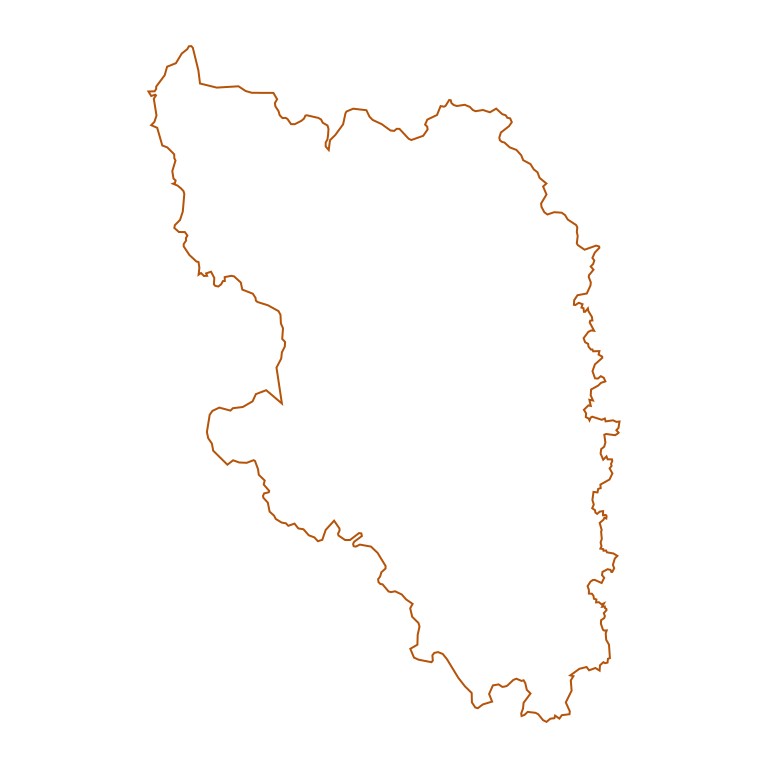 the district of Ivohibe, Ihorombe, Madagascar
{"feature_id": "10022922B57896428715958", "entity_name": "Ivohibe", "entity_type": "district", "adm_level": 2, "iso_a3": "MDG", "parent_name": "Madagascar", "parent_adm1": "Ihorombe", "projection": "mercator", "projection_center": [46.923, -22.545], "detail": "fine", "context": "isolated", "style": "outline", "palette": "amber", "viewbox_px": 768, "rotation_deg": 0, "n_neighbors": 0, "source": "geoboundaries", "source_scale": "gbopen_adm2", "svg_char_len": 6090}
<svg xmlns="http://www.w3.org/2000/svg" viewBox="0 0 768 768"><path d="M164.7,75.2L156.2,86.6L156.1,89.1L154.6,91.3L148.5,91.5L151.2,96.0L155.2,94.7L156.0,95.4L153.8,98.7L156.5,115.5L154.4,121.9L151.2,125.2L157.2,127.8L162.3,145.5L167.3,147.4L174.2,154.3L174.3,158.2L175.5,160.5L172.3,171.1L173.5,178.6L175.6,180.4L175.0,182.9L173.0,183.7L177.6,185.6L181.0,188.4L183.5,191.1L184.3,194.0L182.8,211.5L180.0,220.0L174.9,225.1L174.3,227.9L178.9,232.0L184.9,232.1L187.4,235.6L185.9,238.1L186.1,240.5L183.7,244.1L183.7,246.4L189.4,255.0L196.4,261.5L198.5,262.0L199.4,267.7L198.6,274.7L201.0,273.0L204.0,276.0L207.1,275.8L206.1,273.4L211.0,271.7L214.3,277.9L213.9,284.3L215.3,285.9L218.3,286.5L221.1,284.4L222.9,281.1L224.8,281.0L224.7,277.1L231.3,275.8L234.1,276.4L240.8,282.5L242.3,289.6L252.8,293.7L255.5,297.8L255.9,300.6L257.5,302.0L268.0,305.3L278.5,311.1L280.5,314.9L280.9,323.5L283.0,328.3L282.2,338.9L285.1,342.0L284.8,346.6L281.9,352.3L281.2,358.6L276.5,367.6L281.9,403.5L266.2,390.2L255.9,394.1L252.6,401.3L242.8,407.0L232.9,408.2L230.5,410.6L219.3,407.6L212.4,410.9L209.7,414.8L206.9,432.0L208.2,438.2L211.9,443.6L213.2,450.7L227.4,464.7L233.1,460.3L239.3,462.5L246.7,462.8L253.6,460.2L255.0,461.0L258.0,469.1L258.8,474.8L264.7,480.5L263.7,484.5L269.2,490.9L268.8,492.3L264.1,493.4L263.0,495.9L263.4,497.8L267.8,502.6L269.6,511.6L274.0,515.6L275.8,519.0L281.7,522.6L285.9,523.3L288.3,525.8L294.5,523.6L298.3,528.4L303.5,529.3L308.8,535.3L314.4,537.4L317.9,541.2L322.3,539.8L325.7,529.9L334.1,520.7L339.4,528.4L339.6,530.4L338.0,533.9L338.5,535.5L345.1,540.0L350.0,540.0L359.0,533.1L361.3,533.4L361.9,536.0L354.0,541.9L353.1,544.1L353.7,546.2L355.8,546.6L359.9,544.6L371.0,546.6L377.6,552.9L385.6,566.0L385.5,568.6L381.4,572.2L380.1,576.6L378.1,579.2L378.5,582.1L380.4,584.0L382.5,584.3L388.6,591.5L391.1,592.1L395.1,591.3L401.8,594.5L406.1,599.4L412.6,603.9L410.2,608.3L412.2,616.8L418.5,623.0L419.5,626.6L417.7,634.7L417.4,644.7L410.3,648.8L414.0,657.6L418.6,659.7L431.5,662.2L432.8,660.6L432.4,655.3L434.3,652.9L438.1,652.1L442.8,654.0L446.9,659.1L458.3,677.8L465.0,686.4L471.7,693.0L471.9,702.4L475.3,707.5L477.8,708.2L482.9,704.4L492.1,701.6L489.1,694.0L492.9,685.4L498.6,684.4L502.4,686.9L505.1,686.5L507.1,685.8L513.4,679.9L516.4,678.7L521.5,680.9L523.6,680.3L525.3,683.2L526.8,689.8L530.5,693.5L523.6,702.8L523.0,708.6L521.2,713.5L521.6,716.0L524.5,714.9L527.7,711.9L535.5,712.8L538.2,714.2L543.1,720.2L546.5,721.9L550.3,718.7L554.4,718.2L555.1,715.6L559.4,718.6L561.8,715.2L569.5,714.2L569.8,711.3L565.8,702.4L571.6,690.7L570.8,680.3L573.4,676.2L570.3,675.4L579.4,668.8L586.6,667.0L589.1,670.3L595.4,668.0L599.6,670.6L600.0,665.3L603.4,662.2L605.0,663.2L607.5,662.6L608.0,658.8L609.9,658.1L609.0,644.7L606.2,639.8L605.7,633.4L606.7,630.4L604.2,630.6L602.9,629.6L600.9,623.7L601.1,620.2L604.2,618.1L604.9,616.1L603.8,613.1L606.5,610.2L606.4,609.0L605.1,608.2L604.8,606.5L602.1,606.8L604.0,603.3L601.6,604.4L598.9,602.2L596.1,602.4L596.4,599.5L593.9,598.7L593.5,595.9L591.9,593.7L588.9,593.6L588.9,590.0L587.6,586.1L590.5,581.6L592.9,580.0L594.8,579.9L601.6,583.0L604.2,577.8L602.0,575.1L602.5,571.9L607.6,569.2L610.5,569.9L611.4,572.0L612.3,571.9L614.2,568.2L612.9,564.9L614.8,558.5L617.4,555.9L613.5,553.5L606.9,552.3L606.1,550.5L603.5,550.7L603.2,549.1L600.4,548.6L601.5,546.2L600.6,542.4L601.8,539.0L601.1,531.6L601.7,530.1L599.7,522.9L603.6,519.6L604.4,517.7L606.3,518.5L606.6,516.1L605.8,515.0L603.0,515.2L603.1,511.1L599.8,511.6L597.1,513.9L595.4,512.5L595.0,510.2L592.2,508.2L593.8,504.5L592.4,500.0L593.5,491.9L597.5,492.4L598.2,488.9L600.7,488.1L600.4,484.6L609.5,479.5L612.4,473.4L609.6,468.4L611.6,465.9L611.0,464.0L612.3,460.9L611.9,459.3L607.6,459.3L606.5,456.4L603.2,459.7L600.6,453.6L601.2,449.1L604.2,446.7L605.4,442.5L604.3,434.7L606.2,434.0L615.1,435.2L617.8,433.5L618.6,432.7L616.4,430.2L618.5,427.9L619.5,421.5L616.4,421.9L613.1,420.3L605.6,421.4L604.8,418.5L601.8,419.8L592.2,416.7L590.7,417.6L589.5,420.4L588.7,418.6L585.8,417.1L586.1,413.4L583.9,409.8L588.4,405.4L590.8,405.9L589.4,399.8L593.0,400.5L590.7,395.4L591.1,389.5L598.3,385.5L600.9,382.9L605.4,381.4L603.8,377.8L600.8,376.2L597.8,378.6L595.0,378.3L592.5,371.2L594.9,364.4L602.3,357.8L602.2,356.6L598.6,354.6L599.4,351.1L593.2,351.3L592.4,349.5L591.0,349.6L588.5,346.7L588.1,343.9L585.1,342.2L583.6,338.2L588.3,331.9L591.3,330.4L594.1,330.8L589.7,322.5L590.2,320.7L592.4,320.5L591.9,316.9L588.4,311.1L587.9,308.4L585.1,311.8L583.9,311.8L583.5,308.2L581.5,307.6L582.5,304.2L578.8,302.8L575.4,305.0L573.9,304.8L574.2,300.2L577.5,295.2L586.8,293.5L590.5,285.4L590.8,282.4L588.7,276.9L589.0,275.2L593.5,269.7L590.7,266.5L593.1,264.1L594.3,260.6L592.4,257.9L594.8,252.6L599.4,247.8L599.1,246.5L596.1,245.6L584.6,249.7L577.8,245.1L576.8,243.3L577.7,235.9L576.8,232.0L577.3,227.4L576.2,225.1L567.7,219.5L565.1,215.1L561.7,212.7L554.2,212.2L547.4,214.5L544.3,212.2L541.5,206.9L541.1,203.5L546.5,194.5L543.1,186.5L546.4,183.5L539.6,177.9L537.5,172.3L533.8,169.4L530.5,164.1L523.2,160.2L521.2,155.2L516.4,149.9L509.8,147.4L504.4,142.5L501.7,141.8L499.8,140.1L499.3,137.6L500.9,132.5L509.0,126.2L511.8,122.2L510.2,118.4L507.4,117.8L505.6,115.2L502.3,114.2L496.2,108.6L489.9,112.3L483.0,110.0L475.5,111.2L472.8,110.0L469.8,106.9L464.7,104.8L456.8,106.0L453.7,105.0L451.4,103.0L450.8,100.3L449.2,100.0L445.6,105.8L444.0,106.7L440.6,106.1L437.0,115.0L427.3,119.6L425.1,124.6L427.2,126.6L427.6,129.5L423.2,135.8L411.4,140.0L408.7,138.8L399.5,128.9L396.7,128.8L394.2,130.9L390.5,130.5L381.8,124.2L372.6,119.9L369.5,116.7L366.4,110.2L353.2,108.7L346.5,111.5L345.5,113.2L343.1,124.3L335.2,135.1L330.0,140.2L328.7,150.0L325.7,146.5L325.7,142.4L327.4,139.6L328.0,135.7L328.5,129.0L327.5,125.5L322.7,122.7L321.1,119.5L318.3,117.9L306.9,115.3L305.4,115.6L304.0,118.6L301.4,120.8L294.7,124.2L291.0,124.1L287.5,119.0L285.7,117.9L282.5,118.1L279.7,115.2L278.5,111.1L275.4,106.4L274.9,103.1L277.1,99.2L273.4,92.9L251.9,92.8L245.6,91.0L238.5,86.3L216.7,87.6L200.0,83.5L198.4,70.5L192.8,47.7L191.3,46.1L188.9,46.3L187.3,49.1L181.7,53.6L175.9,63.2L167.1,66.7L164.7,75.2Z" fill="none" stroke="#b45309" stroke-width="2"/></svg>